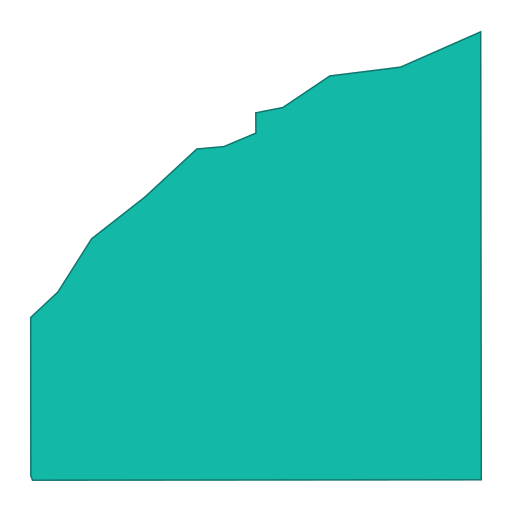 outline of Polk, Nebraska, United States of America
{"feature_id": "52423323B76497945553025", "entity_name": "Polk", "entity_type": "district", "adm_level": 2, "iso_a3": "USA", "parent_name": "United States of America", "parent_adm1": "Nebraska", "projection": "equal_earth", "projection_center": [-97.618, 41.222], "detail": "fine", "context": "isolated", "style": "filled", "palette": "teal", "viewbox_px": 512, "rotation_deg": 0, "n_neighbors": 0, "source": "geoboundaries", "source_scale": "gbopen_adm2", "svg_char_len": 316}
<svg xmlns="http://www.w3.org/2000/svg" viewBox="0 0 512 512"><path d="M481.3,479.8L480.7,31.8L400.6,67.1L329.9,75.9L282.9,107.5L255.8,112.8L255.9,133.1L223.8,146.6L196.8,149.0L144.7,197.2L91.7,238.7L57.9,292.0L30.7,317.5L30.8,475.7L32.5,480.2L481.3,479.8Z" fill="#14b8a6" stroke="#0f766e" stroke-width="1.5"/></svg>